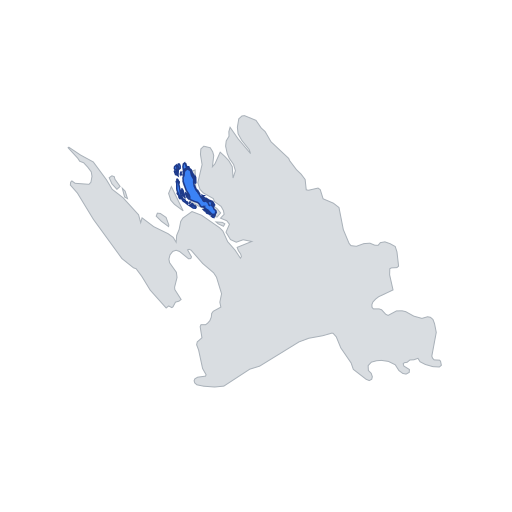 Bhola, Barisal, Bangladesh shown in context, rotated 150°
{"feature_id": "16705992B37732832620169", "entity_name": "Bhola", "entity_type": "district", "adm_level": 2, "iso_a3": "BGD", "parent_name": "Bangladesh", "parent_adm1": "Barisal", "projection": "natural_earth1", "projection_center": [90.703, 22.35], "detail": "fine", "context": "in_parent", "style": "filled", "palette": "blue", "viewbox_px": 512, "rotation_deg": 150, "n_neighbors": 0, "source": "geoboundaries", "source_scale": "gbopen_adm2", "svg_char_len": 9822}
<svg xmlns="http://www.w3.org/2000/svg" viewBox="0 0 512 512"><g transform="rotate(150 256 256)"><path d="M185.9,359.2L185.9,347.4L178.9,324.2L179.2,321.7L177.8,310.5L176.0,304.3L175.2,297.7L179.4,288.2L177.7,286.7L168.3,283.8L167.2,281.3L169.3,272.0L162.6,263.1L159.9,256.5L167.2,235.2L169.1,220.4L168.6,217.5L164.2,214.2L156.4,212.8L150.9,210.1L147.7,205.9L144.9,204.2L141.6,205.4L137.3,203.8L133.7,199.6L130.7,194.6L131.9,189.0L137.6,175.9L139.8,175.5L144.7,178.0L146.5,178.1L149.7,172.9L154.3,158.1L170.1,159.4L173.9,158.9L177.8,157.7L180.0,155.9L181.2,153.5L180.8,151.5L175.9,148.7L174.1,146.6L172.8,140.7L171.3,138.5L161.8,138.2L156.9,135.5L154.2,133.0L149.4,125.0L143.5,119.0L137.8,117.6L135.6,115.7L134.5,112.6L135.2,108.2L138.1,99.7L153.8,81.4L154.2,79.3L153.7,77.0L149.1,74.0L148.8,72.6L150.1,68.7L152.7,68.2L158.1,71.7L163.6,77.4L166.8,82.4L166.9,86.4L171.2,87.2L174.7,89.0L178.4,88.4L180.8,89.4L182.4,89.1L183.0,86.8L179.9,81.0L181.5,78.6L185.1,78.7L187.6,80.9L189.5,85.3L189.8,92.2L194.0,98.5L199.6,102.9L203.9,105.0L209.2,106.4L213.7,105.0L215.9,100.7L214.9,96.8L215.6,93.3L217.4,91.4L220.2,91.5L222.3,94.2L228.4,109.2L227.1,115.8L228.5,134.0L226.9,145.9L227.9,150.5L228.9,151.3L238.1,153.6L251.5,158.4L261.7,160.1L307.9,158.8L318.0,161.1L348.9,159.4L357.3,163.2L366.4,169.4L371.6,174.0L372.5,176.7L372.0,178.9L370.3,180.2L367.1,180.2L359.8,177.2L358.6,178.1L358.5,185.3L352.7,203.3L351.8,208.8L349.8,211.0L343.7,212.2L339.7,222.7L338.0,224.0L334.0,221.7L331.5,222.0L328.4,223.0L325.3,225.4L323.1,228.4L320.7,229.5L312.0,229.3L310.4,234.1L304.7,240.5L300.8,257.4L301.1,262.6L305.9,276.1L309.3,293.5L310.6,295.3L312.2,295.5L312.3,287.5L313.8,286.4L315.8,287.3L319.9,298.1L322.3,300.9L325.8,301.6L329.9,300.0L333.0,296.8L334.2,293.4L333.1,281.7L335.1,276.9L342.1,269.7L343.1,267.5L342.6,255.8L345.3,255.4L348.8,256.3L353.3,253.5L354.7,253.4L356.6,256.4L359.8,255.9L364.7,279.3L365.1,295.8L366.2,304.9L368.0,307.0L373.4,320.8L378.5,369.1L379.2,399.8L381.3,410.3L379.6,412.6L377.9,413.1L376.3,409.4L364.8,401.6L362.1,402.4L358.2,407.0L356.6,411.2L357.3,417.1L358.6,422.9L361.3,426.2L361.5,429.9L364.6,443.7L363.7,443.8L357.5,431.2L349.9,418.8L347.4,396.7L347.2,385.7L342.0,372.9L337.1,350.4L339.2,342.5L335.6,346.0L329.9,332.5L321.0,319.3L318.4,313.5L318.3,307.8L314.4,313.5L309.2,317.5L303.9,323.6L300.4,325.4L289.2,326.5L282.7,318.4L273.4,298.7L272.2,294.2L273.4,282.6L271.2,271.6L270.6,261.9L268.9,262.8L268.3,265.4L268.6,269.5L268.0,272.9L252.4,270.7L259.0,276.5L266.2,277.8L269.9,283.0L270.1,291.6L263.1,296.8L263.7,301.2L267.8,306.5L262.8,308.0L261.5,311.5L261.4,316.4L264.8,324.0L264.2,327.0L270.1,337.0L271.2,341.7L269.8,348.5L257.0,362.1L253.3,371.8L250.2,376.3L246.3,377.2L241.5,372.6L241.4,367.9L242.4,364.1L249.1,355.1L245.5,356.3L235.1,363.8L233.2,357.7L231.9,352.1L231.9,345.2L236.9,335.0L231.2,340.1L229.6,346.5L230.3,354.0L229.6,359.4L227.4,366.3L224.3,370.5L219.5,373.2L217.3,377.3L214.1,380.4L212.9,366.3L209.5,347.4L208.7,351.4L210.5,363.2L210.4,370.8L207.7,376.9L202.3,383.4L198.2,384.3L195.8,383.3L188.2,373.5L187.5,364.3L185.9,359.2ZM280.0,359.5L270.5,361.7L265.7,361.0L274.7,344.0L274.4,336.4L273.0,330.2L268.4,325.2L268.2,321.6L266.1,316.7L265.1,311.0L270.2,309.2L274.3,312.5L275.8,318.9L277.8,323.8L285.0,333.8L284.8,339.9L282.9,354.9L280.0,359.5ZM300.4,353.9L294.6,358.4L296.5,331.5L300.8,341.5L301.9,346.9L300.4,353.9ZM322.5,340.4L320.0,342.4L317.6,340.7L314.6,334.4L316.0,326.4L317.0,325.2L320.6,333.4L322.5,340.4ZM344.0,397.2L340.7,397.5L339.1,395.6L339.8,392.9L338.9,384.2L343.1,383.3L344.7,390.6L344.0,397.2ZM340.3,372.8L337.9,381.5L336.9,377.6L338.6,370.0L340.3,372.8ZM272.6,302.7L273.6,305.5L268.3,301.9L266.9,299.4L269.3,298.0L272.6,302.7Z" fill="#d9dde1" stroke="#a8b0b8" stroke-width="1"/><path d="M268.4,319.4L268.6,319.5L268.6,319.3L268.8,318.9L268.6,319.6L269.3,322.9L269.1,322.5L268.6,323.4L266.9,324.2L266.7,325.0L267.9,325.4L269.6,327.0L270.5,328.3L271.5,329.0L271.4,327.4L270.8,326.3L271.2,323.8L270.6,322.3L271.3,323.8L270.9,326.2L271.4,327.1L271.5,328.4L273.5,329.1L274.0,329.7L274.2,330.6L274.0,332.5L274.4,334.9L274.3,337.7L274.6,339.8L274.4,341.4L274.7,341.9L274.8,341.2L274.9,343.7L274.6,347.4L273.1,351.2L271.0,354.5L271.6,354.3L271.6,357.8L270.1,362.8L271.9,365.7L273.3,365.6L275.0,365.3L276.1,364.5L278.0,361.8L280.2,360.2L281.0,358.3L281.8,357.2L283.5,348.0L283.3,342.4L283.7,340.5L284.8,338.6L284.8,337.8L282.1,334.1L279.8,331.6L279.2,329.9L279.0,326.7L278.7,326.1L277.9,325.3L276.6,325.2L276.3,325.0L277.2,325.0L275.9,322.6L275.7,321.4L274.7,319.9L273.3,314.2L271.7,313.1L270.4,312.8L269.4,313.1L269.2,314.0L268.6,313.8L268.1,315.5L268.8,317.1L268.9,318.2L268.4,319.4ZM292.2,347.2L291.5,342.8L290.5,343.0L290.6,345.6L289.9,348.8L287.8,354.1L286.4,358.8L286.4,359.2L286.6,358.8L286.8,360.1L287.2,360.6L287.8,360.4L288.5,358.2L290.9,354.1L291.6,352.3L292.2,347.2ZM275.8,367.0L272.2,366.9L271.8,367.9L271.1,372.3L272.9,372.0L274.7,369.8L275.8,367.0ZM288.5,333.2L286.4,328.9L284.5,327.6L283.5,328.2L283.5,328.6L285.3,330.8L287.8,333.1L288.5,333.2ZM269.2,361.9L269.9,361.3L270.8,358.3L270.3,354.6L270.6,353.6L270.3,353.1L269.6,353.3L268.7,355.4L269.5,356.2L269.3,357.4L269.6,359.6L269.2,361.9ZM279.5,374.6L281.8,374.1L282.9,372.8L283.0,371.8L282.1,371.0L281.5,370.8L282.4,369.9L281.6,370.1L280.7,371.3L279.7,373.8L279.5,374.6ZM277.4,374.5L278.1,373.9L279.1,371.1L278.9,369.7L277.8,369.9L276.7,371.8L276.4,373.8L276.7,374.3L277.4,374.5ZM272.6,329.3L272.1,329.3L271.1,329.5L270.5,330.5L271.9,333.2L272.3,333.5L272.3,333.2L273.0,333.4L273.0,333.0L272.7,331.2L272.0,330.1L272.7,330.9L272.7,329.9L272.9,330.6L273.3,329.8L272.3,329.5L271.9,329.5L272.1,329.9L271.8,329.5L271.3,329.6L271.8,329.4L272.6,329.3ZM291.6,339.9L290.6,338.0L290.0,338.3L289.4,339.5L289.7,340.9L290.3,341.5L291.7,341.5L291.6,339.9ZM266.3,323.5L266.9,323.5L267.0,323.3L267.1,322.0L266.8,321.4L267.2,321.7L267.4,323.1L267.8,321.9L267.6,323.2L268.0,323.1L268.5,322.6L268.1,323.1L268.5,323.2L268.8,321.9L268.5,319.8L268.2,319.9L267.8,320.7L267.3,320.4L267.0,320.8L266.3,320.9L266.3,323.5ZM285.0,366.8L284.2,365.9L283.4,366.4L283.0,367.5L283.3,369.7L283.9,370.4L284.3,370.2L284.0,369.2L284.5,369.2L284.7,368.8L284.6,366.8L284.9,367.1L285.0,366.8ZM270.5,312.4L272.9,312.9L274.2,312.6L274.5,312.2L274.1,311.2L273.2,310.4L272.9,310.9L272.2,311.0L272.2,311.4L270.9,311.8L270.5,312.4ZM277.3,317.9L276.1,316.4L275.5,318.2L276.9,321.2L277.3,318.7L276.7,318.0L277.2,318.2L277.3,317.9ZM269.6,353.0L271.9,352.1L272.1,351.4L272.1,349.5L271.5,349.5L269.6,353.0ZM287.0,332.6L284.3,330.1L284.1,330.0L284.6,331.1L284.8,333.1L285.7,333.4L287.0,333.1L287.0,332.6ZM282.2,368.8L282.2,368.1L283.0,366.0L282.9,365.4L280.2,369.5L280.1,370.9L280.8,369.4L282.2,368.8ZM269.8,366.1L270.7,366.7L271.6,366.0L269.9,363.3L269.4,363.8L269.9,365.5L269.8,366.1ZM286.6,342.1L286.0,342.1L286.1,340.2L285.9,339.6L284.8,342.0L285.1,343.6L285.9,343.1L286.6,342.1ZM289.5,335.1L288.7,335.7L288.5,337.2L289.3,338.1L290.4,337.5L289.5,335.1ZM286.6,351.8L287.3,348.1L287.3,346.0L286.4,349.2L286.6,351.8ZM287.7,346.7L288.5,344.0L288.7,343.6L288.4,342.7L287.3,345.5L287.7,346.7ZM286.2,362.0L286.6,361.1L286.4,359.8L285.9,359.3L285.6,359.8L285.5,361.3L285.8,362.0L286.2,362.0ZM277.4,364.1L278.7,362.7L278.9,361.8L278.0,362.1L276.9,364.2L277.4,364.1ZM267.2,326.0L268.0,327.0L268.5,327.1L269.9,328.1L267.8,325.5L267.5,325.5L267.2,326.0ZM269.6,329.7L270.1,330.0L270.3,329.7L270.3,330.0L270.7,329.6L270.3,329.4L270.7,329.2L270.0,328.6L269.4,328.8L270.0,328.6L269.8,328.4L270.3,328.6L270.0,328.3L269.0,328.2L269.6,329.7ZM288.0,350.2L288.7,348.3L288.8,346.6L288.4,346.8L287.8,350.0L288.0,350.2ZM293.2,346.3L293.4,344.5L293.2,343.7L292.7,343.4L292.6,344.5L293.2,346.3ZM292.7,346.9L293.0,346.0L292.1,344.2L292.2,345.4L292.7,346.9ZM279.6,365.0L280.5,364.9L280.6,363.6L279.9,363.9L279.6,365.0ZM273.7,338.8L274.0,339.4L274.3,340.2L274.1,336.9L273.7,338.8ZM273.7,342.2L274.0,342.4L274.1,343.0L274.0,340.7L273.7,340.4L273.7,342.2ZM274.4,346.3L274.7,343.8L274.6,342.3L274.2,346.2L274.4,346.3ZM275.4,366.6L276.1,365.9L276.3,365.5L274.6,366.0L275.4,366.6ZM286.2,335.8L286.8,335.8L287.2,335.0L286.3,335.1L286.2,335.8ZM274.5,312.8L274.1,312.6L272.7,313.0L273.6,313.4L274.5,312.8ZM288.1,345.9L288.9,345.3L288.7,344.0L288.1,345.9ZM271.2,368.9L270.6,371.6L270.9,371.2L271.3,367.8L271.3,367.3L270.9,367.6L271.1,367.9L271.2,368.9ZM278.2,321.8L278.0,320.8L277.7,320.6L277.5,321.8L278.2,321.8ZM285.6,358.8L286.2,358.3L286.4,357.1L285.4,358.6L285.6,358.8ZM269.0,328.2L269.7,328.1L268.1,327.1L268.4,327.5L269.0,328.2ZM270.4,367.4L270.5,367.0L269.7,366.3L269.6,366.9L270.4,367.4ZM284.0,330.4L284.1,329.8L283.5,329.5L283.7,330.9L283.7,330.5L284.0,330.4ZM272.1,335.2L272.2,334.4L271.3,334.4L271.8,334.7L272.1,335.2ZM283.5,365.8L283.8,365.4L283.4,364.5L283.2,365.1L283.5,365.8ZM279.2,366.2L279.4,366.0L279.8,365.5L278.7,365.9L279.2,366.2ZM266.4,325.3L266.4,324.6L266.8,323.6L266.3,323.7L266.4,325.3ZM273.9,348.4L274.3,347.6L274.4,346.4L274.2,346.5L273.9,348.4ZM292.9,347.7L292.7,348.6L292.9,349.6L293.0,349.5L292.9,347.7ZM286.0,344.8L286.1,344.0L285.5,344.7L286.0,344.8ZM267.1,325.8L267.3,325.3L266.7,325.1L266.8,325.6L267.1,325.8ZM272.8,335.2L272.9,334.3L272.1,334.0L272.6,334.5L272.8,335.2ZM274.0,340.0L273.9,339.2L273.7,339.0L273.7,339.6L274.0,340.0ZM276.4,323.0L276.3,322.2L276.0,321.9L275.9,322.3L276.4,323.0ZM290.3,345.8L290.3,345.2L290.2,344.7L290.0,345.0L290.3,345.8ZM275.1,315.9L274.6,315.9L274.9,316.4L275.1,315.9ZM273.8,336.1L274.1,335.4L273.8,335.0L273.8,336.1ZM275.1,314.7L274.9,314.6L274.5,315.1L274.9,315.1L275.1,314.7ZM284.4,343.7L284.5,343.3L284.3,342.9L284.2,343.4L284.4,343.7ZM285.3,345.9L285.5,345.8L285.6,345.4L285.3,345.5L285.3,345.9ZM276.6,365.3L277.2,364.5L277.2,364.4L276.4,365.1L276.6,365.3ZM278.3,322.4L278.2,322.1L278.1,322.3L278.3,322.4ZM286.5,359.5L286.2,358.9L286.0,359.2L286.5,359.5Z" fill="#3b82f6" stroke="#1e3a8a" stroke-width="1.5"/></g></svg>